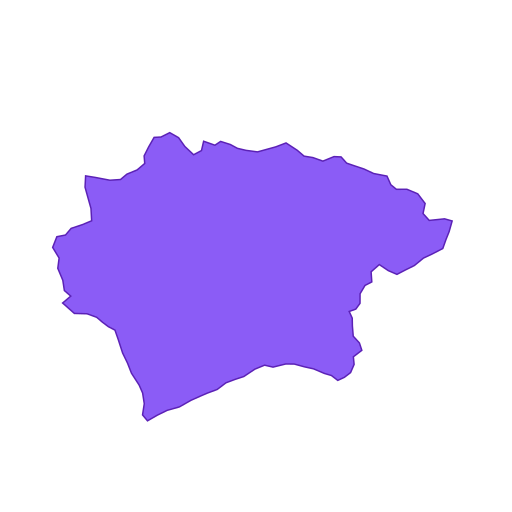 outline of Santópolis do Aguapeí, São Paulo, Brazil, rotated 167°
{"feature_id": "56859067B88002854016883", "entity_name": "Santópolis do Aguapeí", "entity_type": "district", "adm_level": 2, "iso_a3": "BRA", "parent_name": "Brazil", "parent_adm1": "São Paulo", "projection": "mercator", "projection_center": [-50.521, -21.661], "detail": "fine", "context": "isolated", "style": "filled", "palette": "violet", "viewbox_px": 512, "rotation_deg": 167, "n_neighbors": 0, "source": "geoboundaries", "source_scale": "gbopen_adm2", "svg_char_len": 1623}
<svg xmlns="http://www.w3.org/2000/svg" viewBox="0 0 512 512"><g transform="rotate(167 256 256)"><path d="M429.9,324.5L436.9,319.3L445.7,319.6L452.2,310.1L448.3,298.3L451.9,288.6L449.7,275.8L450.5,265.4L445.5,258.6L455.0,253.7L445.9,240.9L433.6,237.7L425.0,232.1L420.5,226.0L415.7,220.3L410.1,215.5L409.0,205.5L407.8,191.5L405.3,180.6L403.7,169.8L398.9,156.5L397.3,148.0L398.1,137.2L402.3,126.7L398.8,119.8L388.0,123.1L377.2,125.6L364.6,126.2L351.9,130.0L342.2,131.9L334.6,133.3L323.8,134.7L313.8,139.2L304.0,140.5L295.0,141.3L282.6,146.0L272.2,147.7L264.4,143.9L251.3,144.1L243.0,142.1L233.9,137.2L225.3,133.1L215.8,126.2L209.4,122.6L204.3,116.4L197.2,117.9L190.1,121.1L184.8,128.3L183.8,135.9L174.1,140.3L174.8,148.0L179.3,156.0L177.8,166.2L176.2,173.8L177.7,181.0L170.7,181.8L165.3,186.5L163.1,195.8L156.4,202.8L149.0,204.7L147.4,214.7L137.8,219.9L130.4,212.0L122.8,206.4L113.5,208.8L103.8,211.1L93.3,216.3L84.0,218.3L72.3,221.3L67.2,229.3L62.4,236.2L57.0,246.0L63.9,249.8L79.2,251.7L83.7,259.8L79.4,269.1L84.4,280.2L94.0,287.1L104.2,289.4L108.6,295.1L110.4,304.4L122.8,309.9L131.1,316.4L140.4,322.1L146.8,326.1L150.8,333.4L157.6,335.3L169.5,333.4L178.4,339.1L186.7,342.5L192.0,349.7L201.3,359.4L212.2,357.9L231.1,357.1L242.0,361.2L249.9,365.1L255.9,370.4L264.7,375.6L271.1,373.2L281.2,379.6L285.4,371.0L294.0,368.7L300.7,378.7L304.8,388.7L312.3,395.6L321.9,393.3L328.6,394.5L336.1,386.4L342.5,378.7L343.6,371.2L352.5,366.6L363.4,364.8L370.8,361.0L381.3,362.7L394.9,368.7L404.0,372.4L407.1,361.5L406.6,350.2L406.1,339.4L408.2,327.3L418.3,325.6L429.9,324.5Z" fill="#8b5cf6" stroke="#5b21b6" stroke-width="1.5"/></g></svg>